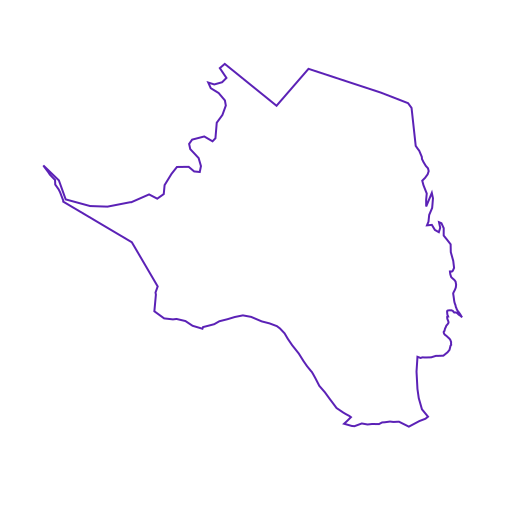 San Cristóbal Lachirioag, Oaxaca, Mexico, rotated 350°
{"feature_id": "50627088B73044983414365", "entity_name": "San Cristóbal Lachirioag", "entity_type": "district", "adm_level": 2, "iso_a3": "MEX", "parent_name": "Mexico", "parent_adm1": "Oaxaca", "projection": "natural_earth1", "projection_center": [-96.168, 17.35], "detail": "fine", "context": "isolated", "style": "outline", "palette": "violet", "viewbox_px": 512, "rotation_deg": 350, "n_neighbors": 0, "source": "geoboundaries", "source_scale": "gbopen_adm2", "svg_char_len": 3790}
<svg xmlns="http://www.w3.org/2000/svg" viewBox="0 0 512 512"><g transform="rotate(350 256 256)"><path d="M432.4,175.3L434.9,137.2L432.3,131.9L407.2,116.7L340.2,80.8L302.3,111.6L258.6,61.4L253.0,64.7L257.8,75.5L252.8,79.0L244.7,79.8L239.1,76.9L240.6,82.9L247.5,89.0L252.4,97.4L252.4,102.6L247.4,111.3L240.5,117.9L236.5,133.0L233.1,135.5L225.8,129.3L213.3,130.3L209.6,134.0L209.8,139.3L216.5,149.6L217.4,157.9L215.2,163.5L209.8,162.0L209.7,161.9L205.2,156.5L193.6,154.6L187.1,160.4L178.3,170.3L177.5,173.2L175.9,179.0L168.7,182.4L161.4,176.8L142.5,181.4L142.2,181.3L141.0,181.2L118.3,181.6L101.3,178.0L78.4,167.2L75.0,147.3L62.3,129.9L62.8,131.1L66.0,137.4L67.1,140.0L69.1,143.0L71.0,145.8L71.3,146.2L70.7,150.8L73.2,156.1L74.1,159.1L75.8,167.9L75.6,169.0L136.1,220.9L153.9,268.9L150.7,274.5L150.7,276.7L146.3,292.8L154.7,301.5L163.2,304.0L166.8,304.2L175.2,307.8L181.4,313.7L185.4,315.7L190.6,318.3L191.5,316.8L197.0,316.4L203.0,315.9L208.6,313.9L216.9,313.3L224.5,312.4L232.8,312.2L240.6,315.1L250.3,321.4L257.6,324.7L264.4,328.7L267.0,331.5L270.7,337.1L272.9,343.0L276.1,350.1L281.2,359.5L284.6,367.9L287.1,373.3L290.1,378.7L290.9,380.0L291.9,382.7L293.3,386.8L295.8,394.9L300.2,402.2L301.8,405.5L304.0,410.0L305.5,412.9L308.9,419.7L314.7,425.3L316.9,427.2L320.1,429.7L321.5,431.2L317.2,434.2L313.6,436.5L320.8,440.0L323.4,440.7L331.1,439.3L336.6,441.3L341.2,441.6L347.9,442.9L351.3,441.8L353.9,442.1L359.2,442.3L362.5,443.3L368.0,444.0L376.9,450.6L388.3,446.9L394.6,445.7L397.5,444.1L392.8,435.8L391.6,424.2L391.9,415.0L392.9,406.8L394.0,397.7L396.5,387.5L397.5,383.3L400.4,385.0L402.2,384.7L404.9,385.3L408.1,385.8L410.9,386.2L415.8,385.6L418.3,386.0L418.9,386.1L423.2,386.7L427.9,384.1L430.2,382.1L430.5,381.5L432.0,378.1L432.8,377.4L432.8,376.5L433.2,374.6L432.8,372.4L432.2,371.1L429.7,367.8L428.3,366.3L427.8,365.3L427.7,365.1L427.6,363.7L427.7,363.3L427.9,363.0L428.1,362.9L428.3,362.7L428.6,362.5L428.7,362.3L428.9,361.8L429.5,360.4L429.9,359.8L430.2,359.5L430.5,359.0L430.6,358.9L431.1,358.0L431.6,357.4L431.8,357.3L433.1,356.2L433.5,355.7L433.9,355.3L434.1,354.6L434.0,353.6L433.7,352.0L433.5,351.1L433.6,349.9L433.7,349.1L434.1,348.8L434.7,348.9L434.6,348.3L434.3,347.3L434.3,347.0L434.4,345.0L434.5,344.5L434.6,343.6L434.8,343.3L435.0,343.1L435.3,343.0L436.0,343.0L437.5,343.1L438.0,343.3L439.0,343.4L439.4,343.7L439.8,343.9L440.2,344.2L440.4,344.4L440.5,344.6L440.6,344.9L440.9,345.3L441.1,345.7L441.2,345.9L441.5,346.1L442.3,346.2L443.0,346.3L443.6,346.7L444.0,347.0L444.6,347.7L445.2,348.6L445.4,348.9L445.6,349.1L446.2,349.6L446.9,350.3L447.2,350.7L448.1,351.8L448.4,352.2L447.8,351.2L447.7,350.8L447.6,350.5L447.4,350.1L447.3,349.6L447.1,349.2L446.9,348.7L445.9,346.5L445.5,346.0L445.1,345.1L444.8,344.2L444.5,343.6L444.3,342.1L444.0,341.3L443.9,339.4L443.9,338.9L443.7,338.1L443.6,337.5L443.5,336.8L443.4,335.8L443.4,335.1L443.4,333.9L443.5,332.5L443.5,332.2L443.6,329.4L443.6,328.3L443.7,327.0L444.2,326.2L445.1,325.0L446.1,323.7L447.3,321.7L447.8,320.1L448.1,318.9L448.1,317.7L448.1,317.0L448.1,315.9L447.6,314.8L447.2,314.1L446.6,313.3L446.0,312.6L444.7,310.9L444.5,310.3L444.4,309.3L444.2,308.1L444.2,307.0L444.2,306.4L444.3,304.9L445.2,305.0L445.6,305.3L446.2,305.3L446.3,305.3L446.5,305.2L447.1,304.8L447.1,304.7L447.7,304.1L448.0,303.6L448.4,303.0L449.0,302.1L449.4,295.1L448.5,286.0L449.7,278.3L446.9,273.0L444.4,268.5L444.6,267.2L445.7,261.2L444.3,255.9L442.1,254.5L442.3,260.2L440.2,264.3L436.7,261.4L434.6,255.9L429.7,255.5L431.8,252.2L433.7,245.6L437.8,239.3L438.7,236.0L440.3,229.9L440.1,224.4L432.2,236.8L433.3,230.3L435.0,224.1L433.2,215.3L432.8,210.7L436.2,208.3L437.3,207.2L439.2,205.4L440.8,202.4L440.6,199.5L438.9,196.8L437.3,192.7L436.3,189.3L436.5,187.2L435.0,180.6L433.9,178.5L432.4,175.3Z" fill="none" stroke="#5b21b6" stroke-width="2"/></g></svg>